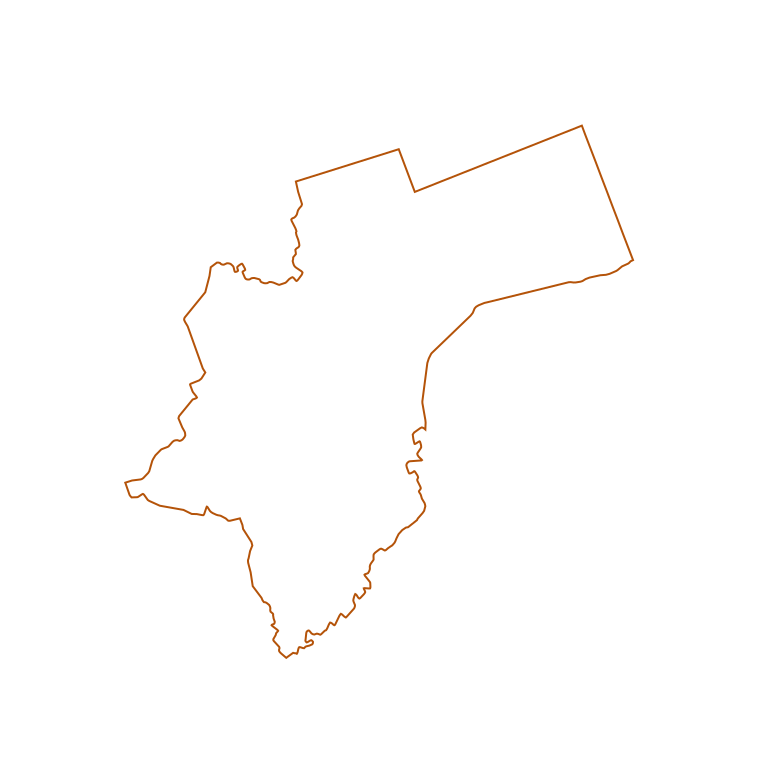 Otjozondjupa, Natural Earth projection, rotated 339°
{"feature_id": "NAM-3349", "entity_name": "Otjozondjupa", "entity_type": "Region", "adm_level": 1, "iso_a3": "NAM", "parent_name": "Namibia", "parent_adm1": "", "projection": "natural_earth1", "projection_center": [17.471, -20.567], "detail": "fine", "context": "isolated", "style": "outline", "palette": "amber", "viewbox_px": 768, "rotation_deg": 339, "n_neighbors": 0, "source": "natural_earth", "source_scale": "10m", "svg_char_len": 6094}
<svg xmlns="http://www.w3.org/2000/svg" viewBox="0 0 768 768"><g transform="rotate(339 384 384)"><path d="M661.3,213.7L661.2,223.3L661.2,238.5L661.2,253.8L661.1,269.0L661.1,284.3L661.0,299.6L661.0,314.8L660.9,330.1L660.9,345.3L660.9,357.6L658.2,357.8L656.4,358.7L655.0,359.1L648.4,359.5L642.8,361.4L641.3,361.7L634.1,362.0L630.3,361.6L625.0,360.0L614.0,358.3L609.8,358.3L606.2,359.0L604.1,358.9L599.4,357.9L597.4,357.2L594.8,355.8L593.0,355.2L509.5,344.7L506.8,344.3L500.6,344.4L497.7,344.9L495.7,345.9L492.4,349.4L489.2,351.3L439.7,372.2L438.6,372.9L435.0,376.2L432.0,379.9L413.6,413.9L413.0,415.6L409.7,432.5L409.0,435.0L406.3,441.3L405.5,439.8L404.8,439.0L403.8,438.1L402.1,438.2L394.7,440.1L392.7,441.5L391.6,446.2L391.1,449.9L391.1,450.9L391.5,451.1L392.4,451.0L395.8,450.3L396.7,450.3L396.9,450.7L396.9,451.7L396.7,454.1L396.4,455.4L395.9,456.6L394.5,457.7L390.9,460.2L390.0,461.1L389.9,462.3L390.1,463.5L390.4,464.6L391.9,467.7L392.2,468.6L391.6,468.8L380.8,465.5L379.8,465.3L378.9,465.5L377.7,465.9L376.7,466.6L375.8,467.7L375.4,470.0L375.3,475.6L375.5,476.5L376.0,476.8L377.0,476.9L379.1,476.7L380.9,476.2L381.3,476.5L381.6,477.4L382.4,481.2L382.5,482.5L382.3,483.6L380.8,485.1L380.5,486.2L380.6,487.5L381.1,492.7L381.1,493.9L380.8,494.9L378.2,496.6L378.1,497.4L378.1,497.8L378.4,499.2L378.6,500.2L378.6,501.1L378.3,504.6L379.2,509.7L379.1,511.2L378.8,512.9L376.0,516.8L373.8,518.3L367.3,521.7L366.0,522.9L355.2,526.3L353.0,525.9L348.7,526.9L343.8,529.4L340.3,532.6L338.1,535.0L336.9,536.0L334.1,537.5L329.3,538.6L326.3,539.7L325.5,539.8L324.9,539.6L323.3,537.6L322.3,536.7L321.4,536.6L320.3,536.8L315.5,538.2L314.4,538.7L313.3,539.4L312.6,540.7L311.4,544.1L310.8,544.7L307.4,546.9L306.3,547.9L305.4,549.1L304.6,551.4L304.2,552.1L303.4,553.1L302.4,554.0L301.4,554.8L300.2,554.9L298.1,554.8L297.4,555.1L297.5,556.2L299.6,562.8L299.9,563.9L299.9,564.7L298.8,568.0L298.4,569.0L297.8,569.8L296.9,569.6L292.7,567.6L291.9,567.5L291.8,568.1L292.0,570.4L291.9,571.5L291.1,572.3L290.0,573.0L285.2,575.3L284.2,575.5L283.7,575.0L283.3,574.0L282.8,571.4L282.4,570.4L281.9,569.8L281.0,570.6L280.1,571.6L278.4,573.9L277.8,575.0L277.6,576.2L277.7,580.0L277.0,581.4L275.7,582.8L265.8,587.9L264.7,588.3L264.0,587.5L263.3,586.4L262.7,585.0L262.1,583.9L261.4,583.1L260.4,583.6L259.3,584.4L252.5,590.8L251.6,591.4L251.1,591.4L250.4,590.4L249.8,589.1L249.0,588.0L248.2,587.4L247.0,588.2L245.9,589.2L243.8,591.4L242.8,592.3L241.7,593.1L240.3,593.1L235.6,595.1L234.6,595.2L233.2,593.9L231.9,593.0L229.1,592.9L227.8,592.0L226.9,590.8L226.1,588.3L225.6,587.3L225.0,587.0L224.0,587.1L223.0,587.6L222.2,588.6L219.3,594.3L218.8,595.1L218.6,595.8L218.8,596.7L219.2,597.5L220.1,597.6L223.5,597.0L224.4,597.2L224.9,598.0L225.3,599.2L224.8,600.4L223.8,601.3L220.7,601.5L217.6,601.1L216.6,601.1L215.6,601.6L214.7,602.0L213.6,601.4L211.5,599.7L210.6,599.3L209.7,599.9L208.9,600.9L207.4,603.2L206.6,604.1L205.9,604.6L205.3,603.9L203.9,603.2L202.8,602.4L194.6,604.6L191.3,598.5L190.7,597.1L190.4,595.9L190.6,594.9L190.9,594.3L191.7,593.3L191.9,592.6L191.9,591.8L189.0,584.4L188.9,583.3L189.4,582.4L192.9,579.6L194.0,578.0L196.1,576.9L196.7,576.5L196.4,575.4L193.0,569.9L192.6,568.9L193.0,568.6L193.9,568.5L195.1,568.6L196.0,568.1L196.8,566.9L196.9,563.4L197.6,560.0L198.0,559.3L198.0,558.8L197.8,558.2L197.1,557.0L196.5,555.9L196.6,554.8L197.0,553.7L197.6,552.5L197.8,551.0L197.6,549.1L195.9,546.2L195.0,545.3L194.1,544.8L193.7,544.6L193.1,542.5L193.0,539.7L189.0,525.7L192.0,512.0L193.1,502.3L193.5,500.8L193.9,499.7L195.2,498.1L199.1,492.0L203.2,487.6L203.6,484.0L200.5,468.9L201.3,464.9L201.3,457.8L191.3,456.5L190.4,456.2L189.6,455.8L189.1,454.9L188.3,453.2L187.9,452.6L184.5,448.7L183.6,448.0L181.9,447.0L180.5,445.9L177.8,443.1L176.7,441.6L176.0,440.1L175.2,436.0L175.0,435.3L174.6,435.0L174.0,435.6L169.6,440.9L168.9,441.5L168.2,441.7L167.0,441.1L162.7,438.4L157.9,436.4L151.7,429.7L131.1,417.3L122.9,409.0L121.9,407.6L120.3,401.4L119.9,400.6L119.5,400.2L118.4,400.3L114.8,401.1L113.7,401.3L112.9,401.2L107.7,399.4L107.0,397.6L106.7,396.3L107.1,383.4L114.2,383.8L122.7,385.9L124.2,385.9L125.7,385.5L132.0,382.5L133.6,381.3L140.1,372.7L141.6,371.3L145.0,368.7L152.2,365.4L153.2,365.2L159.6,365.2L160.6,365.0L165.7,362.3L166.6,362.0L167.9,361.7L169.4,361.9L171.0,362.4L172.8,363.9L174.3,364.0L175.9,363.7L177.4,362.9L178.8,362.0L180.0,360.9L180.5,359.3L180.8,357.8L180.7,356.4L180.1,352.3L179.8,342.4L180.4,341.5L181.4,340.4L199.8,329.9L202.9,330.0L203.8,329.9L204.5,329.6L204.4,328.5L202.7,323.2L202.6,322.0L202.7,315.1L203.0,314.7L203.6,314.5L212.7,314.4L215.5,313.5L221.3,309.2L220.4,304.6L221.4,259.9L220.5,254.6L220.4,252.6L220.4,252.4L221.0,251.3L221.8,250.5L250.0,234.3L259.8,220.6L264.1,212.9L271.5,210.8L272.9,211.3L274.2,212.2L274.7,213.4L275.7,214.5L277.2,215.2L280.7,215.0L282.4,215.8L283.8,216.9L285.1,219.4L285.4,220.3L285.4,221.4L284.9,225.0L285.1,225.9L285.8,226.2L286.8,226.3L287.7,226.2L288.3,225.9L288.5,224.9L288.5,223.8L288.7,222.7L289.2,222.0L291.8,221.1L294.0,220.7L294.6,220.9L294.9,221.8L295.4,225.6L295.5,226.7L295.3,227.7L294.5,228.0L292.7,228.3L292.1,228.7L292.0,229.7L292.2,234.6L292.4,235.7L292.7,236.4L293.5,237.2L294.6,237.8L296.0,238.2L298.2,237.8L299.7,238.1L301.0,238.6L304.5,241.1L305.1,241.6L305.5,242.3L305.6,244.3L306.3,245.2L308.2,246.9L309.5,247.5L311.1,248.0L313.6,247.7L315.4,248.5L317.1,249.7L320.8,253.2L321.3,253.6L321.8,253.9L328.3,254.2L329.7,253.7L333.0,252.1L335.6,251.5L336.8,251.5L337.4,252.2L337.9,253.2L338.6,255.4L339.1,256.4L340.0,256.4L341.3,255.7L346.1,252.7L347.2,251.7L347.9,250.6L347.3,249.1L343.7,244.0L342.8,242.3L342.5,240.8L342.5,239.2L342.8,236.5L343.4,235.6L343.9,234.9L344.6,233.2L348.3,231.1L348.7,229.8L349.0,228.3L349.3,227.0L350.4,226.3L351.7,225.9L353.0,225.7L354.0,225.1L354.7,224.2L355.2,222.0L355.6,218.4L355.6,214.0L355.8,212.5L356.1,211.0L357.0,210.1L357.1,208.4L357.1,206.8L356.2,198.4L356.4,197.2L357.1,196.7L358.3,196.5L359.7,196.5L361.4,195.9L363.3,194.6L365.9,191.1L367.8,189.7L370.8,188.1L371.9,186.7L372.7,173.9L374.3,163.4L481.9,170.1L481.6,215.7L661.2,213.7L661.3,213.7Z" fill="none" stroke="#b45309" stroke-width="2"/></g></svg>